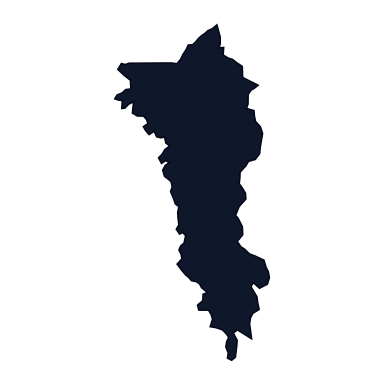 Barão de Antonina, São Paulo, Brazil (Equal Earth projection), rotated 181°
{"feature_id": "56859067B50057766489130", "entity_name": "Barão de Antonina", "entity_type": "district", "adm_level": 2, "iso_a3": "BRA", "parent_name": "Brazil", "parent_adm1": "São Paulo", "projection": "equal_earth", "projection_center": [-49.568, -23.569], "detail": "fine", "context": "isolated", "style": "filled", "palette": "ink", "viewbox_px": 384, "rotation_deg": 181, "n_neighbors": 0, "source": "geoboundaries", "source_scale": "gbopen_adm2", "svg_char_len": 2104}
<svg xmlns="http://www.w3.org/2000/svg" viewBox="0 0 384 384"><g transform="rotate(181 192 192)"><path d="M184.5,79.1L183.2,74.0L179.0,74.0L173.4,74.1L170.6,69.5L169.3,65.2L171.5,57.6L165.8,56.8L159.2,54.7L155.1,50.6L152.8,47.3L154.8,42.8L155.5,37.7L153.0,31.7L153.7,26.5L149.4,24.4L145.7,27.5L144.6,38.2L144.2,44.5L148.2,51.6L144.3,54.9L129.8,46.2L132.1,61.4L131.2,67.5L128.9,71.8L122.8,75.7L124.3,82.4L125.2,88.4L131.4,98.4L129.1,102.4L122.8,96.9L114.9,101.2L113.1,107.7L114.3,113.7L116.5,117.7L118.8,125.1L127.7,129.1L133.5,131.2L138.5,135.9L141.9,137.9L145.9,143.4L140.5,150.1L141.0,158.2L145.5,166.7L148.0,169.4L144.6,178.3L138.0,185.9L138.5,191.7L141.7,196.9L144.9,201.2L144.4,206.2L144.2,212.7L138.7,218.9L136.0,223.6L129.3,225.6L125.0,231.5L124.5,238.0L122.4,251.7L124.8,258.5L129.7,263.7L130.9,269.0L131.4,274.5L138.9,276.5L137.5,280.9L137.5,290.4L134.9,294.7L131.7,296.6L127.7,299.9L143.3,307.4L143.9,318.5L150.0,322.4L153.5,325.2L158.2,326.6L163.2,329.6L162.8,337.1L167.5,336.7L166.3,340.7L166.5,347.6L170.0,359.6L174.3,355.8L178.8,353.7L182.0,350.8L185.9,347.9L188.5,345.3L191.1,342.0L194.0,339.3L198.3,338.9L200.5,334.1L203.7,329.0L205.5,324.8L209.3,320.0L215.1,320.7L257.1,319.7L261.2,318.3L264.8,319.3L268.4,313.3L261.9,307.4L255.5,302.6L255.0,294.0L260.0,293.3L263.9,289.7L268.5,287.8L270.9,283.8L266.6,282.5L263.3,282.3L263.7,274.2L260.5,274.7L256.9,278.5L251.9,281.2L252.5,276.1L253.0,269.8L248.0,267.0L241.8,267.0L238.6,263.5L237.3,259.6L241.8,256.5L239.5,252.6L235.9,248.6L230.9,252.0L228.3,246.5L224.1,245.6L220.5,246.5L218.9,240.3L215.1,237.7L220.0,233.9L222.5,229.4L226.1,225.6L223.0,220.0L218.8,222.9L215.3,221.0L219.2,218.2L221.7,213.4L219.8,207.2L215.9,204.3L213.1,201.9L211.9,196.7L213.5,192.1L210.5,185.4L208.5,179.8L204.9,177.1L206.0,171.1L205.5,165.4L204.6,158.9L207.1,154.5L203.7,149.6L200.7,151.3L197.6,148.3L199.1,140.8L202.4,137.9L204.1,133.9L201.9,129.7L200.9,125.1L205.7,119.6L200.8,113.4L196.9,108.9L194.0,106.7L190.9,103.3L186.1,102.4L182.9,100.3L180.8,96.5L174.9,91.7L179.2,90.0L179.3,83.6L184.5,79.1Z" fill="#0f172a" stroke="#020617" stroke-width="1.5"/></g></svg>